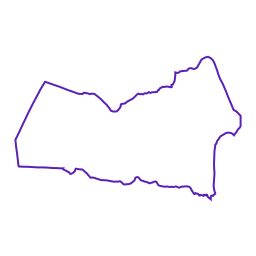 outline of Dogiyai, Papua, Indonesia
{"feature_id": "22746128B76462588476684", "entity_name": "Dogiyai", "entity_type": "district", "adm_level": 2, "iso_a3": "IDN", "parent_name": "Indonesia", "parent_adm1": "Papua", "projection": "equal_earth", "projection_center": [135.829, -3.999], "detail": "fine", "context": "isolated", "style": "outline", "palette": "violet", "viewbox_px": 256, "rotation_deg": 0, "n_neighbors": 0, "source": "geoboundaries", "source_scale": "gbopen_adm2", "svg_char_len": 5176}
<svg xmlns="http://www.w3.org/2000/svg" viewBox="0 0 256 256"><path d="M240.6,126.2L240.6,122.4L240.6,121.4L240.6,115.8L236.5,111.6L236.3,111.4L233.6,109.9L230.7,102.9L228.2,97.1L226.0,91.4L225.8,90.9L222.6,83.5L220.0,78.8L218.1,73.7L217.1,70.3L215.1,65.0L214.9,64.2L212.9,60.1L212.1,59.4L211.3,58.7L210.5,58.0L209.0,57.3L208.0,56.8L205.7,57.3L204.5,57.9L202.7,58.8L202.3,59.1L201.2,60.0L199.9,62.5L198.6,64.7L197.4,67.1L195.8,68.4L194.3,69.0L192.8,68.7L190.8,68.1L189.4,68.4L188.4,68.8L187.5,70.3L186.0,70.8L184.3,70.9L182.0,71.1L179.9,71.5L178.9,72.5L177.3,73.0L175.3,72.4L175.3,75.2L175.0,78.0L174.6,80.9L173.5,83.1L172.8,84.5L171.4,84.9L171.5,86.0L171.8,86.5L171.7,87.1L170.7,87.3L168.2,86.7L166.4,86.5L164.4,87.0L162.5,86.8L161.6,87.6L160.5,87.9L159.4,88.9L159.0,89.8L157.9,90.4L157.2,91.8L155.4,92.1L152.0,92.3L150.3,92.9L148.9,92.1L148.0,92.7L146.8,93.5L144.4,93.3L143.1,94.4L141.5,93.9L139.8,94.3L138.4,93.6L136.8,94.7L135.0,96.6L132.8,98.6L130.0,100.1L126.8,101.9L125.2,103.4L123.0,103.7L120.9,104.3L120.6,106.7L119.0,109.1L117.0,111.3L115.3,111.5L113.1,111.5L110.9,110.7L109.3,108.2L106.4,104.5L104.0,102.4L102.4,100.6L99.4,97.8L94.5,94.0L91.8,93.6L90.1,94.2L87.9,93.4L84.0,92.7L82.5,94.0L78.4,93.8L74.4,92.3L68.6,90.3L60.2,87.0L53.2,84.6L45.1,81.8L42.7,85.6L40.1,90.0L38.2,93.8L38.2,93.7L32.8,103.8L28.1,113.2L22.9,124.1L19.1,132.3L15.9,138.8L15.4,139.8L16.0,145.9L17.0,153.1L17.9,160.5L18.4,165.3L18.9,166.5L23.2,166.7L28.1,166.8L32.8,167.1L37.7,167.4L42.5,167.4L47.4,167.6L52.3,168.0L57.0,168.1L61.8,168.4L63.3,168.3L63.2,168.6L63.2,168.9L63.2,169.2L63.3,169.4L64.2,169.9L65.3,170.4L66.2,170.7L66.7,171.1L67.3,171.6L68.0,171.7L68.5,171.9L69.0,172.4L69.8,173.3L70.4,173.9L71.0,173.9L72.3,173.3L73.4,172.6L74.4,171.7L74.9,171.0L75.3,169.7L75.6,169.0L75.9,168.7L76.3,168.7L77.1,168.9L78.2,169.1L79.2,169.3L80.4,169.4L81.7,169.4L82.4,169.5L82.9,170.0L83.9,170.8L84.7,171.5L85.8,172.5L87.0,173.5L88.0,174.9L89.4,176.3L89.9,177.1L90.6,177.7L91.5,177.6L92.5,177.5L93.4,177.6L94.7,178.0L95.7,178.3L96.6,178.7L98.2,179.1L100.2,179.8L101.0,180.0L102.3,180.2L103.1,180.1L103.4,180.1L104.7,180.2L106.6,180.4L108.4,180.6L110.1,181.1L111.8,181.3L113.2,181.6L114.7,181.7L116.9,181.6L118.3,181.6L119.5,181.3L120.2,181.3L121.2,182.0L122.2,182.9L123.0,183.8L123.7,184.3L124.3,184.5L125.0,184.4L126.0,184.3L127.3,184.2L128.6,184.1L130.2,183.7L131.8,182.7L133.2,181.6L134.5,180.4L134.9,179.1L135.3,178.0L135.6,177.7L136.6,177.2L137.5,177.1L137.8,177.2L138.4,177.4L139.2,178.3L139.7,179.0L140.3,179.7L141.2,180.4L142.0,180.7L143.4,181.0L144.7,181.6L146.1,181.9L147.5,182.2L148.8,183.1L149.9,183.3L150.6,182.9L151.7,182.7L152.6,182.4L152.9,182.3L153.1,182.1L153.5,181.9L154.3,181.7L155.7,181.5L156.4,181.9L157.0,182.9L157.7,184.1L158.2,185.0L158.9,185.5L160.4,185.9L161.3,186.1L161.6,186.2L163.9,186.6L165.4,186.7L166.3,186.5L167.5,186.6L169.2,186.9L169.5,186.9L170.6,187.0L171.6,186.8L173.0,187.0L173.8,186.9L175.3,186.6L176.0,186.5L177.3,186.9L177.9,187.2L178.5,187.5L179.0,187.7L179.4,187.6L180.6,187.0L181.1,186.9L181.5,186.7L182.5,186.7L184.0,186.5L184.3,186.5L185.8,186.4L187.6,186.4L189.1,186.8L190.2,187.6L191.2,189.1L191.3,189.7L191.4,189.8L191.5,190.0L191.7,190.4L191.9,190.6L192.1,190.9L192.3,191.2L192.6,191.7L192.7,191.8L192.9,192.1L193.2,192.6L193.4,192.8L193.6,193.2L193.8,193.6L194.1,193.9L194.3,194.0L194.5,194.0L194.8,193.9L194.9,193.7L195.1,193.2L195.3,193.1L195.5,193.2L195.8,193.5L196.1,193.6L196.3,193.6L196.6,193.6L196.9,193.5L197.1,193.5L197.3,193.6L197.5,193.7L197.7,193.8L197.9,194.0L198.1,194.1L198.5,194.3L198.9,194.7L199.0,195.2L199.1,195.4L199.2,195.5L199.3,195.5L199.7,195.5L199.8,195.4L199.8,195.1L199.9,194.9L200.0,194.8L200.4,194.9L200.8,195.1L201.0,195.1L201.3,195.1L201.6,195.1L202.0,195.2L202.4,195.3L202.6,195.4L202.8,195.6L203.0,195.7L203.4,195.8L203.7,195.7L203.8,195.7L204.0,195.6L204.0,195.3L204.0,195.2L204.0,194.9L204.4,194.8L204.6,194.8L204.9,194.8L205.1,194.9L205.3,195.0L205.6,195.1L205.8,195.2L206.0,195.1L206.2,194.8L206.5,194.7L206.8,194.7L207.0,194.8L207.3,195.0L207.4,195.4L207.4,195.5L207.3,195.8L207.3,196.0L207.3,196.3L207.5,196.5L207.9,196.9L208.0,197.0L208.3,197.2L208.7,197.6L209.2,198.1L209.4,198.3L209.5,198.4L209.8,198.5L210.1,198.6L210.4,198.8L210.5,198.9L210.8,199.2L210.8,198.9L210.6,198.8L210.5,198.4L210.4,198.3L210.5,198.0L210.5,197.9L210.8,197.6L210.8,197.3L210.8,197.0L210.8,196.8L210.9,196.5L211.0,196.3L211.1,196.1L211.2,195.9L211.3,195.8L211.4,195.7L211.5,195.6L211.8,195.6L212.0,195.6L212.3,195.6L212.5,195.7L212.8,195.8L212.8,195.7L213.0,195.6L213.1,195.4L213.3,195.2L213.5,195.0L213.7,194.9L213.8,194.9L214.0,194.8L214.1,194.7L214.3,194.6L214.5,194.5L214.6,194.4L214.7,194.2L214.8,194.0L215.0,193.9L215.2,193.7L215.3,193.6L214.4,190.8L213.6,186.0L213.9,182.1L214.2,177.4L214.5,173.4L214.2,169.1L214.0,163.7L214.2,159.3L214.3,155.6L214.4,153.6L214.5,150.8L214.6,150.0L214.8,148.6L215.0,147.5L215.2,146.3L215.2,145.8L215.2,145.0L215.5,144.3L216.1,144.0L216.5,143.3L216.9,141.4L218.7,139.0L220.5,136.3L222.9,134.9L226.2,132.9L227.9,132.7L229.6,132.7L231.6,133.2L232.8,134.2L233.5,134.8L234.0,135.3L234.6,134.3L236.6,131.8L237.9,129.5L239.7,127.7L240.6,126.2Z" fill="none" stroke="#5b21b6" stroke-width="2"/></svg>